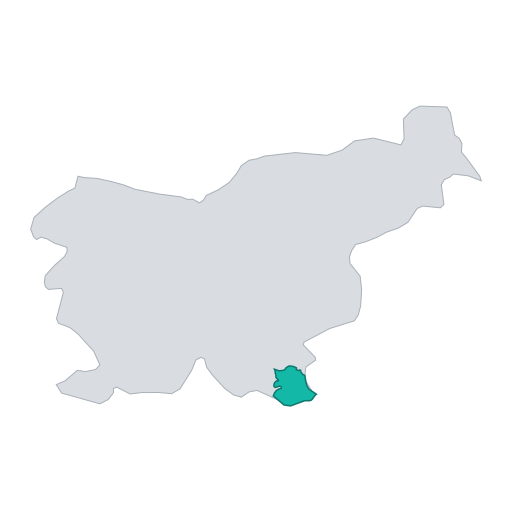 where Crnomelj sits in Slovenia
{"feature_id": "SVN-945", "entity_name": "Crnomelj", "entity_type": "Municipality", "adm_level": 1, "iso_a3": "SVN", "parent_name": "Slovenia", "parent_adm1": "", "projection": "orthographic", "projection_center": [15.174, 45.522], "detail": "fine", "context": "in_parent", "style": "filled", "palette": "teal", "viewbox_px": 512, "rotation_deg": 0, "n_neighbors": 0, "source": "natural_earth", "source_scale": "10m", "svg_char_len": 2509}
<svg xmlns="http://www.w3.org/2000/svg" viewBox="0 0 512 512"><path d="M481.3,180.8L468.5,175.9L453.2,174.0L450.4,176.8L444.3,179.7L441.3,184.7L443.9,204.4L440.3,207.8L422.9,206.1L417.2,208.4L407.9,222.3L398.2,228.1L385.9,232.4L376.9,237.4L365.4,241.8L355.6,244.5L351.7,250.5L349.4,257.1L350.0,263.5L360.1,276.1L361.6,289.6L360.6,306.1L358.3,314.9L354.4,320.8L329.7,328.5L304.0,342.1L303.4,345.1L315.2,357.2L315.6,360.2L305.9,367.0L305.0,373.9L306.1,381.8L311.3,390.0L313.2,397.3L299.0,402.7L279.8,400.7L257.0,390.4L249.1,391.9L241.3,397.2L233.5,394.9L224.8,388.5L212.6,375.3L206.7,367.3L204.3,358.7L201.0,357.4L195.9,359.9L191.7,370.2L180.1,388.8L171.7,393.7L159.1,392.5L141.3,392.6L130.2,394.0L116.8,387.2L113.5,388.4L113.4,392.8L108.3,399.5L99.9,403.8L61.6,393.1L56.3,384.6L65.1,380.8L77.3,370.3L85.4,371.6L95.5,369.5L99.9,365.0L93.8,351.3L78.2,334.2L69.9,327.6L58.4,323.2L56.5,318.6L63.4,292.2L61.5,288.4L48.3,289.4L45.3,286.5L44.3,281.9L45.3,275.6L54.4,265.5L64.5,256.5L67.2,251.5L66.9,247.4L54.4,243.1L46.9,238.8L40.8,237.2L36.6,239.5L33.6,236.8L30.7,229.1L34.0,217.5L45.6,207.0L58.0,197.7L68.7,191.0L74.9,188.1L78.0,176.2L84.3,177.6L96.8,178.4L110.7,181.4L123.6,184.9L135.0,189.3L159.0,194.0L180.9,196.9L187.5,199.4L192.8,199.2L199.5,202.9L203.4,200.2L206.3,195.4L218.3,189.8L229.3,182.4L237.0,173.0L241.4,165.5L248.9,160.3L256.9,158.8L264.3,156.1L295.2,152.6L326.9,155.3L342.1,150.1L354.5,140.9L372.7,138.2L373.6,138.1L400.9,144.9L403.0,140.8L404.1,139.0L403.4,119.1L411.9,110.0L419.8,106.1L446.9,107.0L450.5,113.0L452.1,122.4L454.7,135.1L459.3,138.5L461.9,143.5L461.5,152.2L466.9,158.7L479.7,176.2L481.3,180.8Z" fill="#d9dde1" stroke="#a8b0b8" stroke-width="1"/><path d="M304.8,375.6L304.9,375.8L305.7,381.2L306.9,385.7L309.0,389.2L316.4,394.2L315.0,395.4L312.4,399.1L311.1,400.3L309.5,400.7L304.7,400.7L296.6,403.7L290.5,405.9L284.0,405.0L273.3,395.9L274.6,392.8L276.3,390.6L277.2,390.0L278.8,389.1L280.9,388.6L281.3,388.0L281.3,387.0L280.1,386.2L278.5,386.4L276.9,387.0L275.3,387.4L274.3,386.9L273.8,385.7L274.3,383.3L275.6,381.6L276.3,381.2L276.8,380.8L277.4,380.9L277.8,381.1L278.3,380.9L278.3,379.9L276.6,378.3L275.9,377.2L275.9,374.9L275.2,373.0L275.3,371.8L274.4,369.2L279.0,370.8L283.1,370.4L284.3,370.0L285.0,369.5L285.2,369.1L285.6,368.3L286.4,367.5L289.0,366.0L291.2,366.1L293.8,366.6L296.5,367.9L296.3,369.7L298.5,370.4L300.0,370.0L300.6,370.3L300.5,370.9L301.0,371.9L301.8,373.3L303.1,374.6L304.5,375.2L304.7,375.5L304.8,375.6Z" fill="#14b8a6" stroke="#0f766e" stroke-width="1.5"/></svg>